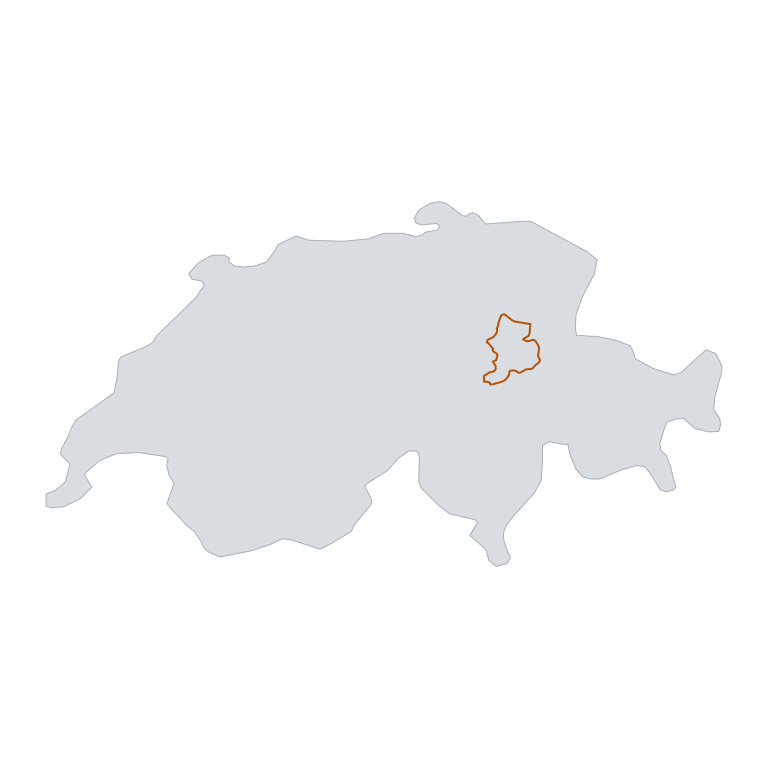 Switzerland, with Glarus highlighted
{"feature_id": "CHE-169", "entity_name": "Glarus", "entity_type": "Canton", "adm_level": 1, "iso_a3": "CHE", "parent_name": "Switzerland", "parent_adm1": "", "projection": "robinson", "projection_center": [9.033, 46.988], "detail": "fine", "context": "in_parent", "style": "outline", "palette": "amber", "viewbox_px": 768, "rotation_deg": 0, "n_neighbors": 0, "source": "natural_earth", "source_scale": "10m", "svg_char_len": 3697}
<svg xmlns="http://www.w3.org/2000/svg" viewBox="0 0 768 768"><path d="M581.8,248.8L586.4,251.2L597.1,259.5L594.6,273.6L582.5,296.3L576.0,314.7L575.3,328.8L576.6,335.4L578.8,335.3L590.5,336.3L596.4,336.3L615.2,340.1L630.3,345.7L633.2,351.5L635.2,358.7L653.2,368.5L673.7,374.9L680.7,372.8L706.0,349.9L715.9,353.7L721.9,365.9L721.7,372.4L714.8,396.7L713.7,409.8L719.8,418.5L720.5,425.2L718.8,431.4L708.6,431.9L694.9,428.6L683.3,418.1L674.6,419.3L667.0,422.0L663.2,432.0L659.8,443.9L660.9,450.5L666.4,455.6L670.6,466.5L673.8,480.5L676.1,487.0L673.6,489.8L666.4,491.8L660.4,489.9L649.9,473.1L645.0,466.7L636.7,465.6L622.1,469.6L599.8,479.0L590.8,479.0L583.1,477.1L575.9,469.1L569.8,453.7L567.8,444.1L563.5,444.4L549.2,441.6L542.5,445.4L542.5,461.1L541.2,480.7L534.0,493.4L514.1,515.3L506.7,524.8L503.8,531.7L503.2,537.7L506.2,548.0L510.4,557.8L506.9,563.4L496.3,566.4L488.9,560.4L486.0,549.7L469.8,535.2L477.2,523.1L475.9,520.0L449.2,513.7L437.7,504.5L421.6,488.4L418.6,481.5L419.4,459.0L418.5,453.5L416.3,450.9L408.5,451.1L397.6,458.9L387.5,470.5L366.9,483.7L364.8,486.5L371.6,499.3L371.3,504.3L354.4,524.8L351.2,531.5L329.8,544.3L320.1,549.1L290.6,539.7L282.5,538.6L269.3,544.9L250.5,550.9L220.4,556.9L209.3,552.5L204.1,548.4L201.6,542.2L194.1,531.3L185.7,524.8L179.8,517.7L172.0,510.0L167.0,503.5L174.0,482.9L169.2,475.6L166.7,465.3L168.1,458.3L165.5,456.6L138.4,452.5L115.9,453.8L99.6,460.7L86.3,472.1L84.7,474.6L85.5,476.7L91.9,487.2L80.6,498.3L63.5,506.9L51.4,507.8L46.1,506.1L46.1,494.2L56.1,489.9L65.3,482.1L68.4,471.2L69.7,463.5L60.3,454.2L61.6,448.5L67.6,437.8L71.2,428.2L76.0,420.0L94.9,406.5L113.9,392.9L116.9,378.5L118.6,360.9L121.3,356.7L146.7,346.2L153.1,342.1L156.3,336.1L176.5,316.5L196.4,297.0L200.4,290.4L203.8,286.6L203.8,283.4L201.4,281.0L192.0,279.3L188.9,273.1L199.2,262.1L212.0,255.3L224.4,255.2L229.3,258.3L229.0,262.0L234.3,265.9L243.7,267.2L255.3,265.9L266.8,261.7L274.0,251.9L278.2,244.4L296.3,235.9L308.6,240.2L342.9,241.3L367.8,239.0L383.5,233.3L402.8,233.3L415.8,236.5L418.1,236.0L421.7,235.3L425.3,232.2L437.5,230.1L439.2,227.5L438.7,224.8L436.5,223.5L421.4,224.9L415.7,222.8L414.2,218.1L419.1,209.9L430.2,203.3L439.5,201.6L446.3,203.4L462.8,215.8L466.7,216.2L469.0,214.0L472.5,212.7L478.1,215.1L484.5,222.8L485.6,224.0L522.5,221.3L530.7,221.3L555.7,234.8L581.8,248.8Z" fill="#d9dde1" stroke="#a8b0b8" stroke-width="1"/><path d="M492.9,361.6L496.1,360.2L496.8,358.0L497.4,355.5L497.1,354.3L496.6,353.4L494.2,352.1L493.4,351.4L492.8,350.4L492.7,349.8L493.2,349.2L493.1,348.9L488.9,343.7L486.8,342.1L487.6,340.0L489.3,338.9L493.0,337.4L494.3,336.1L495.5,334.6L497.0,332.0L497.1,330.6L496.8,328.2L497.5,327.2L497.8,326.4L498.3,324.3L498.3,323.3L501.1,315.4L503.5,314.3L504.4,314.3L512.3,320.4L514.6,321.5L530.4,324.1L529.6,333.0L528.8,335.7L523.6,338.8L523.2,339.2L523.3,339.6L526.1,340.9L527.1,341.2L529.9,340.9L531.5,340.2L532.7,339.9L533.7,339.8L535.0,340.6L536.2,342.0L538.2,345.5L538.8,347.2L539.1,348.5L538.4,353.9L538.2,354.3L537.9,354.9L538.0,355.6L538.5,357.3L539.7,359.5L539.8,360.2L539.5,362.0L535.4,365.2L532.8,368.2L532.0,368.6L530.8,369.1L527.9,369.1L525.8,369.5L520.6,372.5L519.1,372.9L517.9,372.5L517.2,371.7L516.1,371.0L514.7,370.6L512.2,370.4L510.7,370.7L509.7,371.1L509.4,371.5L509.3,372.2L509.3,373.7L509.1,374.3L508.7,374.9L508.3,375.6L507.8,376.6L507.1,377.9L506.0,379.1L503.8,380.9L500.4,382.2L492.1,384.4L490.7,384.5L490.1,384.1L489.8,382.9L489.5,382.4L488.8,382.3L487.2,381.8L484.1,381.6L484.0,378.0L483.8,377.1L484.1,375.9L488.0,373.4L488.7,372.8L489.1,372.5L489.5,372.4L490.0,372.4L490.7,372.3L493.9,371.2L495.0,370.4L495.6,369.4L495.7,367.6L495.6,366.5L495.2,365.3L494.9,364.8L492.9,361.6Z" fill="none" stroke="#b45309" stroke-width="2"/></svg>